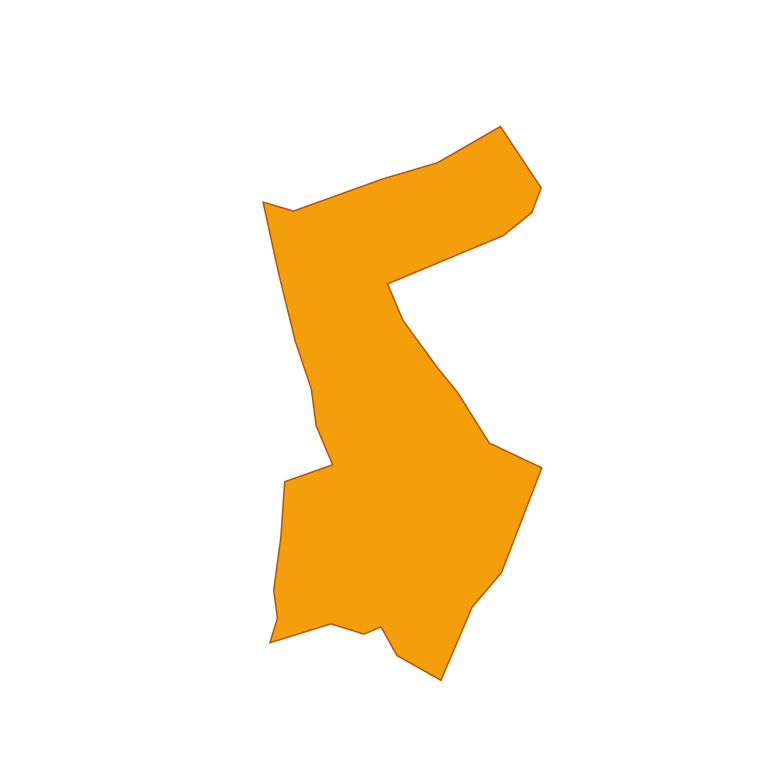 the district of Bayanxangai, Töv, Mongolia, rotated 207°
{"feature_id": "93677404B67738090510285", "entity_name": "Bayanxangai", "entity_type": "district", "adm_level": 2, "iso_a3": "MNG", "parent_name": "Mongolia", "parent_adm1": "Töv", "projection": "orthographic", "projection_center": [105.629, 47.811], "detail": "fine", "context": "isolated", "style": "filled", "palette": "amber", "viewbox_px": 768, "rotation_deg": 207, "n_neighbors": 0, "source": "geoboundaries", "source_scale": "gbopen_adm2", "svg_char_len": 591}
<svg xmlns="http://www.w3.org/2000/svg" viewBox="0 0 768 768"><g transform="rotate(207 384 384)"><path d="M574.3,491.2L558.3,471.6L542.3,452.0L525.7,432.0L482.9,382.3L447.3,347.4L446.7,346.9L425.4,315.9L393.1,288.7L428.1,251.9L406.4,200.8L388.6,150.1L372.6,126.8L368.2,101.7L322.4,146.2L288.3,152.0L276.5,166.3L249.1,147.9L198.8,145.8L204.2,225.2L193.7,269.2L205.3,380.9L263.5,379.2L314.6,409.9L343.0,422.4L395.9,449.2L426.3,474.8L345.0,570.5L330.1,603.9L333.0,630.1L397.2,666.3L436.9,605.3L477.8,566.6L543.3,496.9L574.3,491.2Z" fill="#f59e0b" stroke="#b45309" stroke-width="1.5"/></g></svg>